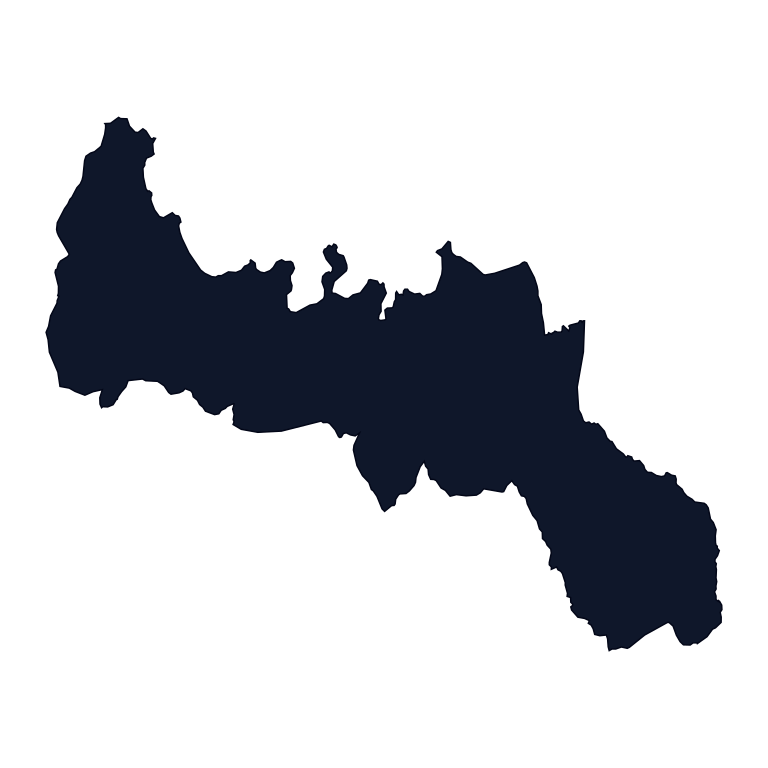 Magu, Mwanza, United Republic of Tanzania
{"feature_id": "72390352B80484439449184", "entity_name": "Magu", "entity_type": "district", "adm_level": 2, "iso_a3": "TZA", "parent_name": "United Republic of Tanzania", "parent_adm1": "Mwanza", "projection": "equal_earth", "projection_center": [33.405, -2.609], "detail": "fine", "context": "isolated", "style": "filled", "palette": "ink", "viewbox_px": 768, "rotation_deg": 0, "n_neighbors": 0, "source": "geoboundaries", "source_scale": "gbopen_adm2", "svg_char_len": 6090}
<svg xmlns="http://www.w3.org/2000/svg" viewBox="0 0 768 768"><path d="M46.1,332.3L48.1,339.7L49.4,352.2L57.9,372.2L60.0,386.4L69.3,388.1L75.1,391.4L84.9,395.2L93.0,391.7L102.4,389.6L99.8,397.7L100.0,404.1L101.6,407.7L102.7,406.7L107.7,406.9L113.1,404.7L116.2,399.7L117.2,399.3L118.0,396.7L121.6,391.6L125.8,386.9L128.1,380.6L142.5,379.0L145.7,380.7L157.6,381.3L164.2,385.8L168.7,392.5L171.0,394.2L179.1,392.8L183.0,391.0L185.1,388.6L190.8,390.8L192.4,392.8L193.3,396.8L197.5,400.3L199.6,404.5L202.9,407.2L205.5,411.2L214.6,414.6L218.8,413.8L221.2,410.3L225.3,408.4L227.2,406.4L233.7,403.6L234.2,403.9L232.7,409.2L234.1,414.5L233.2,419.9L233.9,420.5L233.9,422.3L233.1,424.5L241.2,429.3L257.8,432.3L281.4,431.1L321.3,421.0L323.2,422.6L327.3,422.4L329.6,423.4L335.2,429.9L338.6,436.7L339.8,437.5L341.4,437.0L343.4,433.5L346.3,432.8L350.5,434.9L355.2,435.9L359.6,432.9L354.0,445.3L353.4,450.0L357.0,465.6L362.5,475.7L368.9,482.4L371.4,489.5L373.3,490.9L377.0,496.4L382.1,508.9L384.6,511.4L391.6,505.6L394.1,505.4L395.1,504.0L395.7,499.2L398.5,494.9L399.9,493.9L406.0,493.5L409.4,490.9L414.0,485.6L415.5,482.3L416.0,477.5L420.2,466.7L424.3,461.2L425.6,466.1L428.1,469.1L428.6,474.6L430.7,479.3L434.0,479.5L436.2,480.6L441.1,488.0L445.4,490.4L450.1,496.2L456.4,494.6L466.1,495.8L476.4,495.1L480.3,492.8L483.7,488.8L502.0,492.0L503.7,491.6L506.8,485.5L511.8,480.7L514.6,484.6L517.4,486.2L519.2,491.9L521.4,495.8L524.4,496.4L526.2,498.6L527.3,503.9L532.8,515.4L537.1,520.6L539.5,528.9L542.3,532.0L542.5,538.6L545.6,541.5L547.2,545.2L550.8,549.1L551.3,553.0L549.3,562.4L549.3,564.8L551.4,566.9L551.3,569.3L556.6,567.0L558.0,569.8L560.7,571.2L562.4,573.5L565.3,582.6L565.2,585.0L567.5,593.3L567.1,596.4L570.6,597.5L570.8,602.3L572.7,604.1L572.4,605.6L570.8,606.9L571.6,610.0L577.9,617.2L584.5,618.4L589.4,620.6L588.3,623.3L591.2,625.1L593.2,628.8L594.7,634.4L599.8,635.7L606.3,635.0L607.6,638.8L608.2,646.8L609.2,650.6L612.0,649.0L615.7,649.0L621.4,647.0L627.3,648.3L629.4,647.3L644.7,635.0L667.3,622.5L669.0,622.4L673.1,626.1L676.4,635.2L680.1,641.6L683.4,644.8L690.2,645.0L693.0,642.9L697.0,642.8L697.3,643.6L707.0,636.7L712.5,629.2L715.5,627.8L721.1,622.4L721.2,617.1L720.2,612.3L721.9,609.7L721.7,605.1L719.6,601.4L719.2,601.8L718.4,600.6L717.9,601.2L716.0,599.6L716.0,596.0L714.5,591.8L716.1,589.0L715.9,586.0L716.7,581.6L716.0,577.9L716.4,569.5L715.8,566.6L716.3,563.7L714.9,561.7L715.0,559.3L717.5,555.7L719.3,550.6L717.2,548.1L717.3,546.2L716.1,545.4L715.5,542.8L715.3,535.8L716.1,529.7L713.3,522.5L710.5,519.1L708.2,507.9L706.2,504.8L704.2,503.3L694.7,502.0L692.1,499.3L686.9,496.2L683.8,492.6L682.1,489.2L676.6,484.6L676.0,482.7L676.2,479.1L675.2,475.9L671.6,475.2L667.3,472.6L666.2,472.8L664.6,475.9L661.4,476.6L656.3,475.5L651.4,472.5L647.5,472.3L644.9,469.4L643.7,465.6L639.5,460.6L634.1,461.1L632.5,459.4L631.7,457.0L627.8,455.7L626.8,457.1L625.5,456.8L623.4,454.0L616.4,448.8L612.0,441.6L610.1,441.2L606.9,437.9L604.4,431.2L597.8,423.7L595.8,424.3L594.1,423.0L591.6,424.2L589.0,422.0L585.7,422.8L583.4,420.9L581.1,414.2L578.7,409.9L577.2,387.1L583.4,351.9L584.5,320.8L583.0,320.9L582.1,322.3L581.2,320.8L579.8,320.8L578.4,323.0L570.0,325.2L568.8,326.1L569.9,327.7L568.8,331.0L563.4,325.8L562.4,326.5L562.1,330.9L561.1,332.1L557.6,332.2L554.9,331.2L553.1,333.0L552.3,332.9L551.7,334.2L548.6,332.7L547.8,334.6L544.6,335.1L543.4,322.7L541.5,313.5L541.2,304.6L537.9,295.7L537.9,291.0L537.0,286.1L534.3,277.6L526.6,262.8L524.5,262.0L522.7,262.6L519.5,265.1L494.6,273.3L485.1,275.0L483.1,274.4L470.9,263.3L467.7,262.1L460.4,257.0L456.1,256.4L453.3,254.3L451.8,252.6L450.9,249.6L450.4,242.4L448.2,241.4L441.9,248.9L437.5,250.6L436.3,252.2L442.0,256.7L442.4,268.8L441.8,274.4L436.0,290.7L430.7,294.0L426.6,294.7L424.7,296.2L422.7,296.2L419.8,293.4L414.6,294.1L409.1,291.5L407.5,289.2L404.9,289.2L403.6,291.0L403.0,295.0L401.4,294.3L398.8,294.8L396.6,291.5L395.7,293.0L395.6,299.6L394.3,301.8L393.2,307.0L391.9,307.9L387.3,308.1L384.9,310.1L386.0,319.0L384.9,319.9L380.7,320.5L378.9,319.8L378.4,318.5L379.0,314.8L381.1,311.3L380.9,303.7L386.3,293.1L384.1,286.9L384.0,284.1L382.9,282.9L381.1,284.7L379.0,284.2L377.4,281.2L370.3,279.6L368.7,280.1L367.7,283.2L360.4,292.9L353.0,294.9L348.4,298.6L344.7,298.4L335.5,293.5L332.1,293.1L331.8,290.1L334.2,281.5L346.3,270.8L347.0,268.3L346.7,264.9L344.0,257.1L343.2,255.7L338.8,254.4L336.5,252.3L336.0,249.2L337.1,247.6L336.8,246.5L335.8,244.9L333.8,244.1L332.0,246.8L329.1,245.3L328.1,246.0L326.6,248.4L324.4,249.3L323.4,252.0L326.3,259.2L332.7,267.2L332.4,270.8L331.1,272.4L329.6,273.2L329.0,271.9L325.8,273.1L322.7,276.4L322.0,281.8L324.7,289.4L324.5,296.1L323.6,298.7L316.9,303.8L310.0,305.1L296.2,312.6L290.4,311.7L288.6,308.9L287.1,308.2L286.5,294.6L291.0,290.9L291.5,289.3L292.0,285.6L290.4,280.5L290.2,275.6L292.4,272.7L294.4,268.3L292.7,263.0L290.7,261.4L285.1,261.7L281.7,259.8L280.0,260.5L276.5,262.2L273.3,267.5L270.1,270.6L264.3,272.9L260.4,272.1L256.7,269.6L255.7,268.3L255.1,263.1L250.8,259.9L250.2,260.6L250.3,262.8L248.0,264.9L244.6,266.2L241.5,270.2L236.0,272.5L228.4,271.9L221.5,275.7L218.2,275.7L215.8,277.1L211.8,276.7L204.7,273.3L200.6,270.0L188.9,252.9L182.0,238.5L179.8,232.2L178.6,225.9L179.3,223.2L180.9,222.1L179.9,218.1L178.5,216.0L175.1,215.4L172.3,212.7L163.5,217.8L159.4,216.6L154.6,210.0L151.8,202.9L150.8,199.7L151.0,196.7L151.8,195.4L151.6,192.9L149.0,190.8L147.8,191.4L145.9,188.7L143.4,177.3L142.9,168.3L144.8,165.1L144.7,162.5L146.5,158.1L151.2,156.2L154.1,154.0L153.3,152.1L152.7,143.5L155.5,138.4L153.6,137.9L152.4,139.0L150.7,138.4L146.0,131.0L142.9,128.8L138.1,132.5L135.1,132.2L129.5,126.2L127.0,118.8L120.6,118.6L118.6,117.4L110.5,123.3L104.9,123.6L105.6,124.6L105.6,128.0L104.7,134.3L101.1,146.3L94.6,151.7L90.5,153.1L86.0,156.2L84.6,160.6L83.0,176.3L82.0,180.3L80.2,184.1L77.0,187.6L71.9,197.3L70.0,199.3L67.9,204.0L64.6,208.6L57.3,222.7L56.6,229.4L57.2,232.4L58.6,235.8L69.3,254.2L67.7,256.6L60.5,261.0L58.5,263.8L57.0,269.1L55.6,269.9L55.1,272.5L58.5,286.2L58.4,293.3L57.7,295.7L59.0,296.2L57.2,300.5L57.0,303.2L50.6,315.8L48.6,326.4L46.1,332.3Z" fill="#0f172a" stroke="#020617" stroke-width="1.5"/></svg>